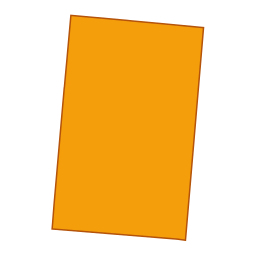 outline of Dundy, Nebraska, United States of America, rotated 95°
{"feature_id": "52423323B35170285070049", "entity_name": "Dundy", "entity_type": "district", "adm_level": 2, "iso_a3": "USA", "parent_name": "United States of America", "parent_adm1": "Nebraska", "projection": "albers", "projection_center": [-101.7, 40.176], "detail": "fine", "context": "isolated", "style": "filled", "palette": "amber", "viewbox_px": 256, "rotation_deg": 95, "n_neighbors": 0, "source": "geoboundaries", "source_scale": "gbopen_adm2", "svg_char_len": 474}
<svg xmlns="http://www.w3.org/2000/svg" viewBox="0 0 256 256"><g transform="rotate(95 128 128)"><path d="M21.4,61.5L21.4,65.7L21.1,105.3L21.1,107.7L21.0,133.3L20.9,138.8L20.8,194.7L60.6,194.8L64.3,194.8L82.9,194.9L85.5,194.9L92.7,194.9L93.5,195.0L145.9,195.0L146.3,195.0L170.9,195.0L207.8,195.0L209.6,195.0L209.9,195.0L220.4,194.9L229.7,194.8L234.8,194.8L235.2,194.8L234.4,69.1L234.8,61.0L229.1,61.0L21.4,61.5Z" fill="#f59e0b" stroke="#b45309" stroke-width="1.5"/></g></svg>